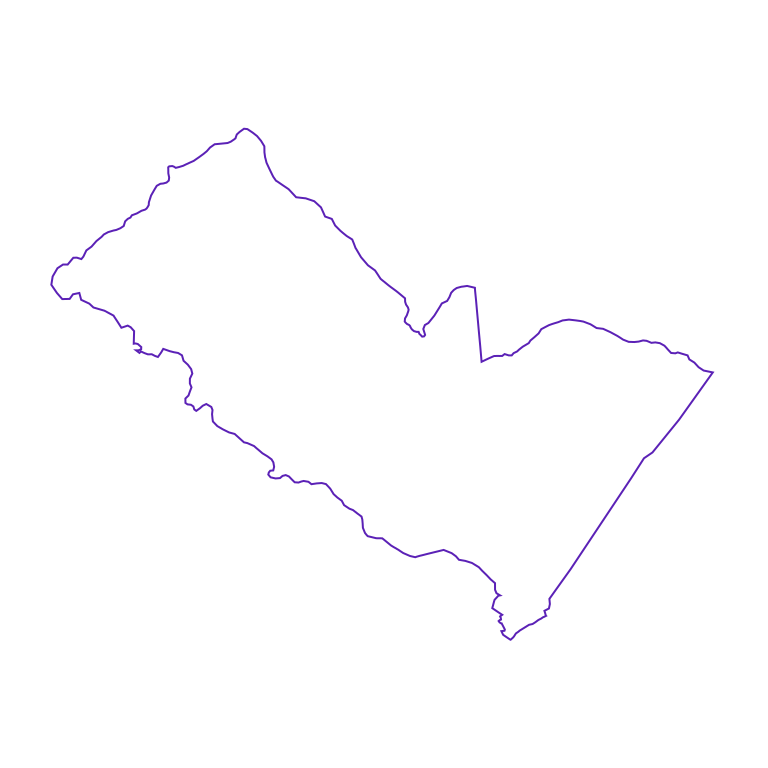 Las Minas, Veracruz, Mexico, rotated 268°
{"feature_id": "50627088B75168752145477", "entity_name": "Las Minas", "entity_type": "district", "adm_level": 2, "iso_a3": "MEX", "parent_name": "Mexico", "parent_adm1": "Veracruz", "projection": "albers", "projection_center": [-97.147, 19.704], "detail": "fine", "context": "isolated", "style": "outline", "palette": "violet", "viewbox_px": 768, "rotation_deg": 268, "n_neighbors": 0, "source": "geoboundaries", "source_scale": "gbopen_adm2", "svg_char_len": 5522}
<svg xmlns="http://www.w3.org/2000/svg" viewBox="0 0 768 768"><g transform="rotate(268 384 384)"><path d="M142.8,530.1L144.1,532.9L145.3,534.7L145.8,536.1L146.6,537.8L146.7,537.7L149.2,537.1L151.7,536.4L153.9,541.0L158.3,542.1L163.5,541.8L172.0,548.3L192.4,564.0L281.2,627.7L298.8,639.9L300.7,641.2L306.2,649.9L338.0,677.6L384.1,713.0L386.3,703.9L389.8,699.0L394.6,694.9L397.9,690.0L402.0,688.4L403.6,683.6L405.3,678.7L404.5,676.2L405.0,672.0L408.8,668.7L410.2,667.6L412.5,665.6L415.2,661.1L416.1,656.6L415.9,653.9L415.8,652.7L417.3,649.5L418.0,647.9L418.5,644.4L417.5,640.0L417.2,635.6L417.6,630.0L420.0,624.5L422.0,621.7L423.9,618.9L427.9,612.1L430.5,606.9L431.5,604.9L432.5,598.4L435.4,594.1L436.5,592.4L439.4,585.5L440.1,582.4L440.9,577.8L441.9,571.1L441.5,567.1L441.3,564.7L439.7,560.2L438.8,556.7L438.1,554.2L437.1,551.0L435.4,547.4L433.3,543.1L429.2,540.3L425.6,536.0L422.3,531.8L419.8,530.1L416.4,523.9L413.6,520.1L411.9,518.2L410.3,514.6L408.1,512.6L408.2,509.8L409.7,505.6L409.0,504.6L407.9,503.1L408.0,499.9L408.1,499.0L408.1,495.0L407.7,493.9L405.8,489.2L402.8,482.3L418.3,481.5L432.0,480.7L441.1,480.2L455.3,479.4L464.6,478.9L473.8,478.3L477.0,478.2L479.1,470.5L478.7,467.0L478.5,464.7L477.4,460.0L475.5,457.0L472.8,454.3L468.5,452.4L464.8,450.0L462.5,444.6L459.2,442.5L450.6,436.7L443.4,430.5L441.5,426.9L437.6,425.2L435.0,425.9L431.6,426.8L430.2,425.7L430.0,423.8L430.9,423.0L431.5,422.5L432.9,421.1L434.9,420.4L435.0,418.2L435.3,417.4L435.8,415.8L437.6,413.8L439.7,412.5L440.8,412.2L441.9,411.4L442.4,410.6L443.1,409.2L444.6,407.7L445.7,406.9L448.8,407.3L451.8,409.2L455.9,410.8L457.4,411.2L459.7,410.6L462.6,408.8L465.4,408.0L468.6,408.0L468.9,408.0L475.0,401.2L476.0,400.0L476.6,399.3L480.0,395.0L480.3,394.6L482.6,391.8L483.4,390.9L488.1,385.5L489.3,384.2L495.1,380.7L497.8,379.0L500.7,375.3L503.2,372.1L511.1,365.8L511.8,365.3L514.4,363.9L516.8,362.6L520.3,360.7L520.9,360.3L525.4,358.8L529.5,357.3L529.8,356.9L533.2,351.9L534.5,350.4L536.5,348.1L538.8,345.6L539.4,345.1L539.9,344.6L544.1,340.7L550.8,337.6L551.6,335.6L552.8,332.5L553.4,331.0L554.3,330.6L557.1,329.5L561.7,327.6L562.7,327.2L568.0,321.8L569.1,320.7L572.3,312.2L572.4,311.4L573.7,302.7L582.0,295.5L582.6,294.7L586.6,289.2L590.0,284.6L591.0,283.1L594.9,280.6L596.8,279.7L603.4,276.8L607.4,275.1L609.3,274.3L613.1,273.5L614.7,273.1L619.7,272.6L623.9,272.7L625.8,272.7L631.3,269.6L636.2,265.8L639.5,261.9L640.4,260.7L643.5,256.4L644.0,253.0L640.9,248.4L638.5,245.6L636.3,244.7L634.8,244.2L633.9,243.1L631.5,239.3L630.3,236.1L629.9,229.8L629.5,223.1L628.3,221.3L626.4,218.4L622.8,215.0L620.2,211.6L617.5,207.6L617.0,206.9L616.9,206.7L614.9,203.6L613.6,201.6L611.7,196.9L611.2,195.8L610.4,193.8L609.1,190.9L608.7,189.4L608.0,186.8L607.3,183.4L608.5,181.7L609.2,180.0L609.0,176.9L608.1,175.9L605.7,175.9L602.1,175.8L597.8,176.5L594.8,176.0L592.9,173.7L592.1,170.4L591.9,167.5L590.0,163.8L586.5,161.5L580.5,157.8L573.9,155.4L571.0,155.1L569.2,154.0L567.6,152.8L566.6,151.3L565.6,147.7L563.1,143.0L561.4,137.9L559.2,136.4L558.0,133.7L555.6,131.0L551.0,129.4L548.9,126.0L547.3,121.8L546.8,118.9L545.4,113.6L543.2,109.2L540.9,106.9L536.9,101.6L531.5,96.5L527.9,91.2L521.8,88.0L519.4,85.9L521.0,81.4L521.0,77.9L514.4,72.0L514.6,67.4L511.1,61.7L503.0,56.6L494.8,55.0L491.6,57.0L486.4,60.3L480.1,65.4L480.0,72.8L484.5,76.3L485.6,82.7L478.7,84.3L474.6,92.3L470.6,96.3L467.0,107.2L461.8,116.1L461.7,116.1L455.5,119.9L449.4,123.5L450.1,125.9L451.3,129.9L449.6,132.8L445.6,136.1L433.0,135.3L433.2,137.0L432.6,139.3L429.4,142.7L427.2,142.5L426.2,139.7L426.3,137.4L423.6,140.7L425.0,142.2L423.2,145.8L421.9,149.0L421.8,153.0L420.1,156.0L418.9,159.0L423.3,162.4L426.8,164.6L424.3,171.0L423.1,175.1L422.2,179.3L419.7,183.1L414.2,184.5L410.2,188.6L405.6,191.8L401.1,192.8L396.1,190.2L391.3,190.0L387.4,191.5L383.4,189.8L379.3,188.2L376.4,185.0L372.0,184.9L370.5,186.9L370.0,190.3L368.2,192.7L365.2,193.5L363.7,195.4L366.1,199.1L368.6,202.1L370.2,205.7L367.1,210.6L364.0,211.7L359.8,211.1L355.3,211.4L352.5,211.7L347.7,216.0L344.3,221.4L341.0,227.5L339.3,233.0L333.9,238.6L330.6,242.0L329.7,245.4L326.5,252.0L324.3,254.3L322.7,256.1L319.0,260.1L315.7,265.1L312.6,269.0L309.5,270.7L305.1,271.3L301.5,270.3L301.3,267.3L299.6,265.8L297.5,265.2L294.7,267.4L293.4,272.3L293.6,276.8L295.7,279.4L296.4,282.6L294.9,285.8L292.0,288.4L288.9,291.3L288.5,295.1L289.4,297.9L289.9,300.3L288.9,305.1L286.4,308.0L287.0,313.2L287.2,318.3L286.0,322.5L281.3,326.6L275.7,329.8L272.2,333.4L268.8,337.7L264.3,339.9L260.6,345.1L259.1,348.6L255.5,352.9L252.3,356.9L249.3,357.6L245.4,357.8L241.0,357.9L235.8,359.8L233.9,361.2L232.5,362.4L231.1,367.4L230.2,370.6L230.1,371.5L230.0,374.5L229.8,376.9L228.8,378.1L224.5,383.0L222.3,385.5L220.4,388.4L219.4,390.1L218.9,390.8L217.6,392.9L217.1,393.5L214.4,397.3L211.2,404.0L209.8,409.2L210.3,410.8L211.1,414.0L211.4,415.6L212.9,422.5L215.0,432.6L216.1,437.8L212.6,445.7L209.3,449.9L205.7,452.8L204.4,459.0L202.1,465.6L197.6,472.4L193.8,475.7L189.3,480.0L185.0,483.8L181.1,488.0L177.9,487.9L174.5,487.8L171.0,489.1L168.7,492.6L168.4,490.8L167.2,489.7L164.5,487.0L162.5,486.3L158.8,485.2L157.6,484.8L156.2,484.4L154.6,486.6L151.6,490.7L149.2,494.1L147.7,491.9L146.9,492.2L146.1,492.6L144.5,492.7L144.0,491.4L143.1,490.3L141.7,491.2L140.4,493.1L140.5,493.3L138.0,494.5L134.4,496.2L133.2,495.8L132.9,492.7L129.2,494.3L128.0,495.9L125.8,498.9L124.1,501.3L124.0,501.6L126.2,504.2L127.2,505.1L130.1,507.1L131.9,509.9L132.7,510.8L138.3,520.6L138.9,523.9L139.0,524.2L140.6,526.9L142.8,530.1Z" fill="none" stroke="#5b21b6" stroke-width="2"/></g></svg>